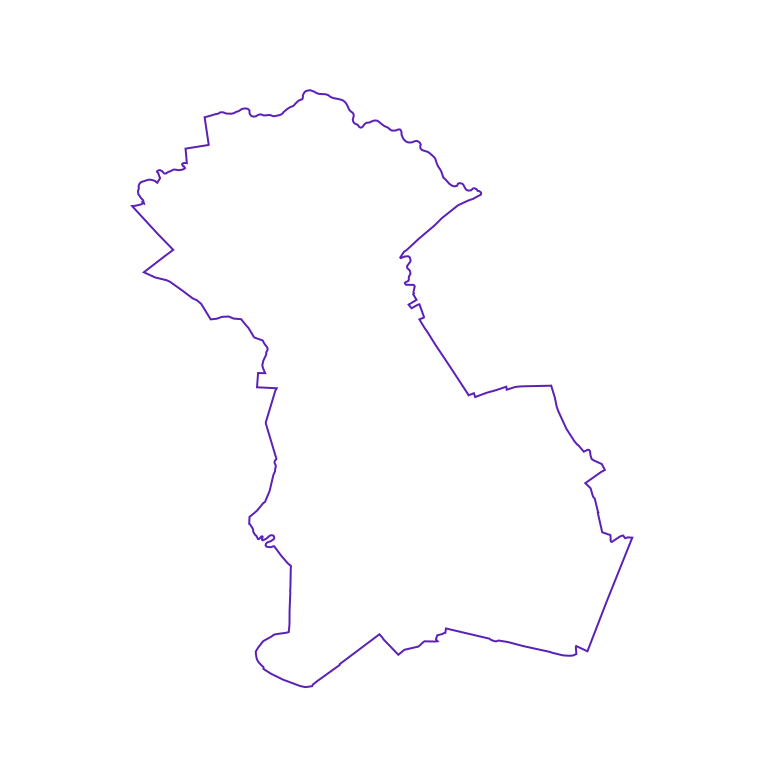 Sintea Mare, Arad, Romania (Equal Earth projection), rotated 169°
{"feature_id": "2599482B97863351949549", "entity_name": "Sintea Mare", "entity_type": "district", "adm_level": 2, "iso_a3": "ROU", "parent_name": "Romania", "parent_adm1": "Arad", "projection": "equal_earth", "projection_center": [21.626, 46.508], "detail": "fine", "context": "isolated", "style": "outline", "palette": "violet", "viewbox_px": 768, "rotation_deg": 169, "n_neighbors": 0, "source": "geoboundaries", "source_scale": "gbopen_adm2", "svg_char_len": 6157}
<svg xmlns="http://www.w3.org/2000/svg" viewBox="0 0 768 768"><g transform="rotate(169 384 384)"><path d="M400.5,686.5L403.4,686.6L405.4,686.2L406.7,685.2L407.7,684.1L408.6,682.6L408.8,681.2L409.8,679.2L412.7,678.7L414.1,678.3L417.4,676.2L418.9,674.9L419.8,674.4L421.3,673.9L423.0,673.8L426.5,672.4L430.7,670.1L432.0,668.9L433.9,668.1L435.2,667.9L439.3,667.8L441.3,667.9L442.5,668.5L444.3,669.7L446.3,670.1L449.1,670.3L450.5,670.5L451.8,671.1L453.2,672.1L454.7,672.3L456.5,672.1L458.7,671.2L461.3,671.4L462.7,672.2L463.6,673.2L464.3,675.1L463.9,678.3L464.7,679.5L465.4,680.2L467.3,680.9L468.5,681.1L470.9,681.1L474.6,679.6L477.4,679.3L479.3,678.6L481.8,678.4L484.4,678.9L487.6,679.7L489.3,681.0L490.5,681.5L493.1,681.9L495.0,681.0L498.4,681.0L505.3,680.3L509.2,680.1L510.4,652.2L510.6,652.1L533.9,652.9L535.4,638.4L538.2,639.2L539.6,638.8L540.3,638.2L540.0,637.8L540.0,637.2L539.7,636.1L538.8,635.7L538.1,633.9L538.7,633.5L540.8,632.9L544.4,633.0L549.1,634.6L550.5,634.4L553.6,633.5L555.3,633.3L556.5,632.9L557.7,632.3L559.0,632.4L559.8,632.8L561.1,635.1L563.1,636.7L564.1,636.8L565.7,636.4L566.4,635.6L565.3,633.9L565.0,630.9L564.5,628.9L565.6,627.5L567.6,625.5L568.1,624.8L569.1,625.6L569.7,626.8L572.2,628.2L574.4,629.2L577.1,629.4L584.1,628.5L586.1,626.9L587.1,625.1L587.4,622.5L588.7,620.4L588.9,616.9L588.0,615.3L587.2,613.1L585.4,610.4L585.3,608.7L585.2,607.0L586.1,607.7L586.0,607.4L588.5,606.6L594.6,606.4L597.3,606.7L577.8,575.0L565.3,555.9L573.9,551.8L598.4,539.5L588.4,532.3L577.5,527.3L574.5,525.1L564.6,514.7L555.4,504.5L551.9,502.1L548.2,497.6L541.8,480.5L535.8,480.0L530.3,480.8L523.6,479.9L519.1,476.9L511.9,474.9L508.3,468.1L506.4,465.0L502.9,455.3L502.3,454.3L495.3,450.2L494.7,449.7L493.8,446.5L491.7,442.2L491.5,440.4L492.7,438.5L493.6,437.4L494.0,435.4L498.1,429.8L499.8,425.9L499.9,424.0L499.5,421.6L498.6,417.3L505.5,418.8L509.3,405.0L490.1,400.3L491.9,398.3L507.4,368.8L507.5,367.3L503.9,331.1L504.3,330.5L505.4,329.9L506.2,328.7L506.5,327.6L505.8,324.7L506.1,323.3L507.0,321.4L507.6,319.2L510.0,315.7L516.7,300.8L523.4,290.8L525.2,290.2L532.8,283.9L537.8,281.1L541.4,279.2L543.0,272.4L542.3,271.8L540.5,267.2L540.3,266.1L540.5,263.7L539.5,260.8L538.3,259.3L537.6,257.2L537.5,256.2L537.1,255.8L536.5,255.7L535.9,255.9L533.7,257.6L532.9,257.8L532.5,257.7L532.3,257.3L532.4,256.7L533.0,255.9L533.5,254.8L533.4,254.3L533.0,253.8L532.5,253.7L529.5,254.5L528.1,255.1L526.3,256.3L524.9,256.9L524.2,257.1L523.0,257.0L522.0,256.6L521.4,256.0L521.1,255.1L521.1,253.8L521.5,253.0L522.5,252.4L525.3,251.3L528.9,250.7L529.8,250.2L530.5,249.4L531.0,248.2L530.9,247.6L530.4,246.9L529.3,246.3L527.7,245.8L526.5,245.5L525.3,245.5L523.8,245.8L522.8,245.7L517.5,234.7L512.4,225.9L510.1,223.3L510.8,220.3L514.8,201.6L515.7,198.6L515.6,197.8L519.9,179.7L522.6,166.3L524.8,158.7L526.2,158.5L527.8,158.5L537.2,159.0L539.9,158.9L542.8,157.5L551.2,154.8L551.8,154.5L557.7,149.4L560.7,146.1L561.0,145.3L561.2,144.1L561.4,140.4L561.2,137.7L560.2,134.8L558.7,132.4L556.4,129.1L556.3,127.9L556.7,127.4L555.4,126.0L550.0,121.0L539.6,113.1L523.9,103.5L519.2,101.5L517.1,101.3L512.2,101.1L511.2,102.5L505.6,105.4L481.2,116.6L480.9,117.5L436.2,139.2L434.0,135.3L433.2,133.4L421.6,115.5L414.7,119.2L400.2,119.7L395.2,122.8L393.4,123.7L383.3,121.5L380.5,121.3L381.7,123.3L381.6,123.8L379.6,127.2L374.8,127.4L372.7,128.0L371.3,128.0L369.8,132.2L329.1,113.9L328.0,112.6L326.1,111.3L323.4,110.0L322.6,110.0L321.0,110.3L320.0,110.2L317.2,109.1L311.7,107.1L297.2,100.1L271.9,89.2L270.4,88.2L260.2,83.5L254.1,81.9L250.5,81.4L246.7,82.2L245.9,89.2L245.3,90.1L235.3,82.8L207.3,127.4L169.6,185.8L174.3,187.0L175.6,186.6L176.7,186.6L178.1,189.6L179.6,189.6L181.4,189.3L190.5,185.5L191.2,185.9L191.4,186.8L190.7,191.1L190.6,192.5L198.1,196.8L198.7,216.8L198.1,217.0L198.4,218.3L199.0,231.4L200.3,233.5L201.1,242.2L205.3,248.3L187.7,256.2L183.6,257.5L185.5,263.9L192.2,268.6L194.5,270.8L194.9,274.7L194.6,278.8L195.2,280.0L196.5,280.6L200.8,279.4L204.8,286.6L206.0,287.8L208.2,291.9L213.5,305.2L218.1,324.1L218.8,328.7L218.9,338.3L220.2,350.5L220.6,350.5L247.3,355.1L253.3,355.9L256.1,356.0L264.6,355.0L264.5,358.0L274.9,356.6L284.9,355.8L297.0,353.8L297.5,357.8L303.1,356.8L303.1,357.1L316.8,390.6L326.3,413.3L331.8,427.7L333.3,430.8L336.5,439.5L336.9,440.7L332.5,441.5L332.0,441.8L332.0,442.3L334.0,455.5L336.1,455.2L342.5,453.1L344.7,457.2L336.0,460.4L338.2,466.5L337.3,467.1L337.6,468.5L335.2,474.0L335.9,475.6L343.4,477.2L344.1,478.2L344.2,479.3L342.9,479.9L340.4,480.6L339.8,481.4L339.5,483.3L339.0,484.7L337.1,487.0L336.9,488.6L337.1,490.5L339.1,493.5L338.9,495.3L334.6,499.3L334.3,501.4L334.6,503.5L335.9,504.8L339.3,505.2L343.6,504.4L343.9,505.1L339.1,510.0L336.2,511.2L322.0,520.0L303.8,530.2L295.7,535.7L277.3,545.3L266.5,548.0L260.9,548.8L259.0,549.5L252.8,551.4L252.2,552.8L252.5,553.9L253.8,555.2L255.3,555.8L255.9,557.5L257.9,558.9L259.3,559.0L261.6,557.5L264.5,557.8L265.6,558.5L266.4,559.3L267.2,561.4L268.2,564.7L269.2,565.8L271.0,566.6L271.9,566.8L273.2,566.4L274.4,564.7L277.0,564.5L279.4,565.7L281.8,568.2L283.8,571.7L285.7,574.6L286.3,575.1L286.3,576.0L286.6,576.9L287.2,581.7L288.0,584.1L289.1,586.6L289.7,588.2L289.9,589.8L290.2,590.8L290.6,594.6L291.0,596.2L292.8,599.0L293.8,600.0L294.7,601.4L296.6,603.4L301.9,606.3L302.6,607.2L303.1,608.0L303.2,609.4L303.0,610.7L302.2,612.0L302.8,614.0L304.1,615.5L305.2,616.3L306.9,616.5L309.9,616.0L311.5,615.9L314.3,616.6L316.2,617.9L317.1,619.1L318.0,620.5L318.6,622.5L319.2,625.3L318.8,627.9L318.9,629.1L319.3,630.2L319.9,630.9L321.9,631.1L323.6,630.7L324.7,630.7L327.3,631.1L328.7,631.8L331.1,634.7L332.2,635.6L334.4,637.1L336.5,639.3L338.3,641.6L340.3,643.7L341.2,644.0L342.9,644.5L346.8,644.0L348.0,643.5L351.3,643.7L352.7,643.3L354.4,642.0L355.5,640.9L356.3,640.4L357.0,640.1L357.8,640.1L358.5,640.4L359.4,641.3L360.5,643.6L362.3,644.6L363.7,646.2L364.2,648.0L364.2,649.5L362.5,653.0L362.5,655.0L363.1,656.4L364.1,657.3L365.4,659.1L366.0,660.6L366.8,664.1L367.4,666.0L368.5,668.3L370.5,670.5L374.2,672.4L377.2,673.5L379.4,674.5L381.5,675.8L382.5,676.8L383.3,678.0L386.1,679.6L389.9,680.5L392.8,681.3L394.7,682.5L396.0,683.7L398.5,685.4L400.5,686.5Z" fill="none" stroke="#5b21b6" stroke-width="2"/></g></svg>